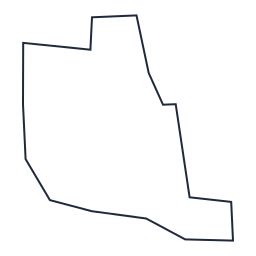 Urgench city, Khorezm, Uzbekistan
{"feature_id": "79887680B89988624723633", "entity_name": "Urgench city", "entity_type": "district", "adm_level": 2, "iso_a3": "UZB", "parent_name": "Uzbekistan", "parent_adm1": "Khorezm", "projection": "mercator", "projection_center": [60.587, 41.514], "detail": "fine", "context": "isolated", "style": "outline", "palette": "slate", "viewbox_px": 256, "rotation_deg": 0, "n_neighbors": 0, "source": "geoboundaries", "source_scale": "gbopen_adm2", "svg_char_len": 318}
<svg xmlns="http://www.w3.org/2000/svg" viewBox="0 0 256 256"><path d="M136.5,15.4L92.0,17.3L90.4,49.7L23.2,42.9L23.0,104.3L25.6,159.1L49.9,200.1L91.7,211.2L146.1,218.5L185.2,239.4L233.0,240.6L231.2,201.9L189.6,197.3L175.7,104.2L163.0,104.7L148.7,73.0L136.5,15.4Z" fill="none" stroke="#1e293b" stroke-width="2"/></svg>